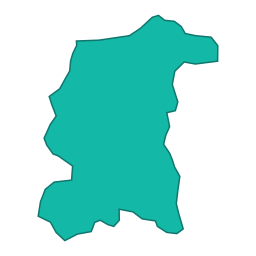 outline of Spitali, Limassol, Cyprus
{"feature_id": "46923920B19373286387095", "entity_name": "Spitali", "entity_type": "district", "adm_level": 2, "iso_a3": "CYP", "parent_name": "Cyprus", "parent_adm1": "Limassol", "projection": "orthographic", "projection_center": [33.009, 34.764], "detail": "fine", "context": "isolated", "style": "filled", "palette": "teal", "viewbox_px": 256, "rotation_deg": 0, "n_neighbors": 0, "source": "geoboundaries", "source_scale": "gbopen_adm2", "svg_char_len": 952}
<svg xmlns="http://www.w3.org/2000/svg" viewBox="0 0 256 256"><path d="M76.4,41.0L76.7,45.3L72.8,53.5L70.6,60.9L69.7,71.0L65.4,78.5L59.7,88.8L49.2,96.5L51.8,104.6L56.2,116.0L50.3,124.4L44.1,138.2L46.8,145.2L53.1,154.0L57.9,155.7L72.6,166.0L71.6,180.1L54.2,182.1L45.3,189.3L40.5,201.7L38.2,216.2L50.4,222.1L56.1,232.4L64.8,240.6L77.3,234.1L91.2,231.6L94.7,222.4L100.2,220.2L107.9,224.6L113.8,226.4L119.3,220.2L119.1,209.2L133.0,211.9L142.2,218.9L155.4,220.9L157.4,226.4L166.8,232.4L176.8,233.6L178.9,232.1L183.2,228.9L178.8,213.9L176.3,203.7L177.8,190.7L179.8,176.4L176.1,169.7L174.5,166.9L172.5,160.4L169.6,153.2L163.6,144.4L165.8,135.2L169.6,126.7L166.8,112.7L175.3,110.7L177.8,102.0L172.3,84.5L174.8,71.2L184.2,62.0L195.4,64.0L207.1,62.5L217.6,61.2L217.8,45.7L211.1,37.2L195.7,35.7L185.2,33.5L181.2,26.5L174.3,21.3L164.6,20.3L158.5,15.4L152.3,17.3L140.7,28.1L129.4,35.7L98.7,40.2L76.4,41.0Z" fill="#14b8a6" stroke="#0f766e" stroke-width="1.5"/></svg>